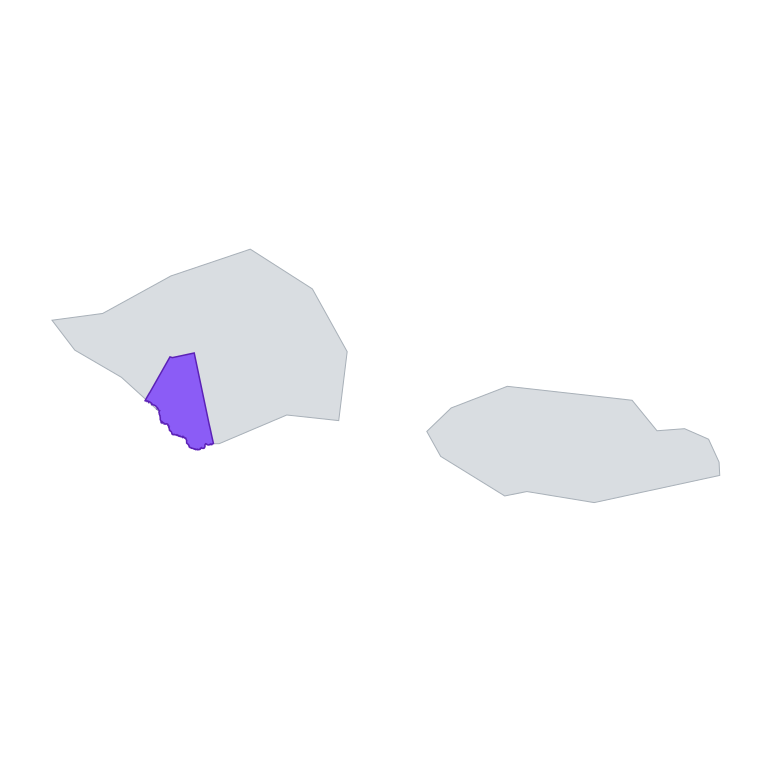 Palauli West, Palauli, Samoa shown in context, rotated 348°
{"feature_id": "51752279B21529413324120", "entity_name": "Palauli West", "entity_type": "district", "adm_level": 2, "iso_a3": "WSM", "parent_name": "Samoa", "parent_adm1": "Palauli", "projection": "natural_earth1", "projection_center": [-172.564, -13.715], "detail": "fine", "context": "in_parent", "style": "filled", "palette": "violet", "viewbox_px": 768, "rotation_deg": 348, "n_neighbors": 0, "source": "geoboundaries", "source_scale": "gbopen_adm2", "svg_char_len": 5104}
<svg xmlns="http://www.w3.org/2000/svg" viewBox="0 0 768 768"><g transform="rotate(348 384 384)"><path d="M281.2,224.3L333.7,276.1L354.7,344.7L332.1,410.4L282.4,394.1L210.4,408.1L186.4,403.4L128.6,322.9L88.6,286.6L72.5,252.6L123.5,256.5L198.0,234.0L281.2,224.3ZM693.4,543.2L564.9,543.7L501.4,518.9L478.8,518.6L424.4,466.6L416.0,439.3L444.7,421.4L504.1,411.9L623.3,451.5L641.3,486.5L668.7,490.2L690.0,505.5L695.5,530.1L693.4,543.2Z" fill="#d9dde1" stroke="#a8b0b8" stroke-width="1"/><path d="M182.5,314.2L180.3,313.0L153.1,343.7L152.8,343.9L149.1,348.0L146.8,350.7L147.0,350.9L147.3,351.0L147.6,351.0L148.0,351.0L148.3,351.4L148.5,351.4L148.6,351.7L148.8,351.5L149.0,351.4L149.6,351.8L150.0,352.0L149.9,352.3L150.0,352.7L150.2,352.4L150.5,352.4L151.0,352.7L151.5,353.2L152.7,354.7L152.8,354.9L152.8,355.2L152.5,355.9L152.7,356.0L153.1,355.7L153.3,355.9L154.6,356.9L155.1,357.0L155.3,357.3L155.8,357.7L156.2,358.0L156.3,358.2L156.4,358.7L156.7,359.2L157.2,359.7L157.5,360.2L157.6,360.4L157.6,360.6L157.3,360.8L157.2,360.9L157.3,360.9L157.7,360.8L157.8,361.1L157.9,361.4L157.9,361.6L157.9,361.9L158.1,362.3L158.3,362.7L158.4,363.1L158.5,363.3L158.6,363.7L158.8,363.7L158.6,364.0L158.2,364.6L157.9,365.2L158.1,366.4L158.0,366.5L157.9,366.9L158.1,367.4L158.1,367.7L158.3,368.4L158.2,368.4L158.2,368.6L158.3,368.8L158.2,368.9L158.2,369.3L158.1,369.6L158.1,370.2L158.2,370.3L158.1,370.5L158.0,371.3L157.9,371.3L157.8,371.5L157.8,371.8L157.8,372.0L157.7,372.3L157.8,372.6L157.9,372.9L158.0,373.2L157.9,373.5L158.0,373.9L158.1,374.0L158.3,374.1L158.2,374.2L158.2,374.6L158.3,374.7L158.3,374.8L158.3,375.0L158.5,375.0L158.4,375.1L158.7,375.1L158.7,375.4L158.8,375.3L159.2,375.4L159.1,375.6L159.3,375.7L159.3,375.9L159.5,375.8L159.7,376.0L159.8,376.0L160.1,376.0L160.4,376.2L160.6,376.6L160.6,376.9L160.7,377.1L160.6,377.3L160.8,377.4L161.0,377.5L161.1,377.4L161.2,377.5L161.5,377.6L161.8,377.8L162.3,377.7L162.4,377.8L162.5,377.8L162.5,377.6L162.9,377.6L163.1,377.7L163.1,377.9L163.3,377.9L163.3,378.0L163.7,378.2L164.0,378.4L164.2,378.5L164.3,378.9L164.2,379.1L164.1,379.4L164.0,379.6L164.2,379.9L164.3,379.9L164.5,380.1L164.4,380.1L164.4,380.4L164.6,380.5L164.6,380.8L164.7,381.0L164.6,381.3L164.7,381.7L164.5,381.8L164.6,382.0L164.6,382.3L164.7,382.5L164.7,382.8L164.6,383.0L164.6,383.6L164.7,384.2L164.4,384.0L164.5,384.1L164.5,384.5L164.8,384.8L164.9,385.0L165.0,385.1L165.0,385.4L165.1,385.5L165.3,385.4L165.4,385.6L165.5,385.7L165.5,385.8L165.9,386.3L166.0,386.5L166.1,386.9L166.1,387.0L166.2,387.3L166.2,387.7L166.2,388.3L166.3,388.3L166.4,388.7L166.5,388.8L166.4,389.0L166.9,389.4L166.9,389.5L167.1,389.5L167.5,389.8L167.8,389.9L168.0,389.6L168.5,389.7L168.6,389.9L168.9,390.0L169.0,390.2L169.3,390.4L169.8,390.4L170.0,390.6L170.3,390.8L170.5,390.7L170.5,390.9L170.8,391.1L171.0,391.0L171.0,391.3L171.4,391.4L171.5,391.4L171.9,391.5L172.0,391.8L172.1,391.7L172.2,391.9L172.5,392.2L172.8,392.3L173.0,392.6L173.4,392.4L173.4,392.6L173.5,392.6L173.8,392.9L174.0,393.0L174.3,393.1L174.3,393.3L174.5,393.5L174.8,393.5L175.0,393.6L175.4,393.7L175.5,393.8L175.9,393.6L175.9,393.8L176.1,393.9L176.1,394.1L176.4,393.9L176.4,394.2L176.5,394.3L176.9,394.3L176.8,394.5L177.0,394.5L177.5,395.0L177.8,395.2L177.8,395.4L178.2,395.5L178.3,395.7L178.4,395.9L178.5,396.0L178.7,395.9L178.7,396.1L178.8,396.2L178.8,396.4L178.9,396.5L178.9,396.9L179.1,397.2L179.1,397.4L179.0,397.5L179.1,398.0L179.3,398.2L179.1,398.7L179.0,399.0L178.9,399.4L178.8,399.6L178.9,399.8L178.9,400.0L178.8,400.6L178.7,400.7L178.8,400.9L178.8,401.0L179.0,401.3L179.5,401.8L179.6,402.0L179.8,402.4L180.0,402.5L180.2,403.0L180.3,403.1L180.2,403.3L180.3,403.4L180.4,404.1L180.5,404.2L180.4,404.5L180.5,404.5L180.6,404.8L180.5,405.0L180.7,405.3L180.9,405.5L181.0,405.8L181.2,406.0L181.4,406.0L181.6,406.1L182.0,406.2L182.1,406.3L182.1,406.5L182.3,406.6L182.4,406.8L182.6,406.8L182.8,407.0L183.0,407.0L183.4,407.1L183.6,407.2L183.9,407.5L184.1,407.5L184.3,407.8L184.5,407.8L184.7,408.1L184.9,408.3L185.1,408.2L185.3,408.3L185.5,408.2L185.6,408.4L185.8,408.6L186.1,408.6L186.3,408.7L186.3,408.9L186.6,408.8L186.8,409.0L187.1,409.0L187.4,409.3L187.6,409.2L187.6,409.4L187.8,409.5L188.1,409.6L188.3,409.5L188.6,409.4L188.8,409.6L189.1,409.7L189.2,409.8L189.3,409.8L189.5,409.8L190.0,409.7L190.4,409.7L190.5,409.6L190.8,409.5L190.8,409.1L191.2,409.0L191.1,408.9L191.1,408.7L191.5,408.6L191.9,408.6L192.0,408.5L192.1,408.8L193.1,409.1L193.5,409.4L193.8,409.4L194.0,409.3L194.3,409.4L194.5,409.2L194.8,409.3L195.0,409.2L195.3,408.7L195.5,408.6L195.8,408.2L195.9,407.9L196.0,407.5L195.9,407.3L195.9,407.2L196.0,407.0L196.2,406.6L196.3,406.4L196.3,406.2L196.6,405.8L196.9,405.6L197.0,405.6L197.2,405.3L197.3,405.3L197.5,405.6L197.8,405.7L198.0,405.9L197.9,406.0L198.3,406.5L199.1,407.0L199.3,407.1L199.6,407.1L199.8,407.1L200.0,407.2L200.4,407.2L200.5,407.2L200.8,407.0L201.1,407.1L201.1,406.9L201.3,406.9L201.5,406.8L202.2,406.8L202.4,407.0L202.4,406.9L202.6,407.0L202.6,406.9L203.1,407.0L203.4,406.9L203.5,407.1L203.8,407.0L204.8,406.7L204.7,398.1L204.7,392.2L204.6,387.0L204.8,314.2L182.5,314.2Z" fill="#8b5cf6" stroke="#5b21b6" stroke-width="1.5"/></g></svg>